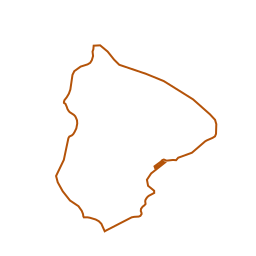 the Province of Los Santos, rotated 340°
{"feature_id": "PAN-1339", "entity_name": "Los Santos", "entity_type": "Province", "adm_level": 1, "iso_a3": "PAN", "parent_name": "Panama", "parent_adm1": "", "projection": "mercator", "projection_center": [-80.421, 7.617], "detail": "fine", "context": "isolated", "style": "outline", "palette": "amber", "viewbox_px": 256, "rotation_deg": 340, "n_neighbors": 0, "source": "natural_earth", "source_scale": "10m", "svg_char_len": 1307}
<svg xmlns="http://www.w3.org/2000/svg" viewBox="0 0 256 256"><g transform="rotate(340 128 128)"><path d="M123.9,38.9L130.1,40.8L135.0,49.2L138.3,59.0L141.4,65.6L163.6,83.4L177.7,96.2L198.9,123.3L209.7,143.2L212.6,150.1L212.3,154.6L208.7,163.6L206.9,165.6L204.1,166.2L197.9,166.6L196.0,166.9L179.6,173.1L165.0,173.1L162.2,174.7L159.3,173.4L153.1,171.9L150.9,169.9L149.3,169.9L147.3,170.9L139.8,173.1L139.8,174.7L142.8,174.3L145.2,173.7L147.3,172.8L149.3,171.6L150.9,173.1L134.2,178.6L128.1,183.1L127.1,189.2L131.1,195.9L130.4,198.0L124.6,198.8L123.0,199.3L121.2,200.4L119.7,201.7L119.1,202.8L118.5,205.4L116.9,206.3L114.9,206.9L112.6,208.4L111.6,210.4L111.7,212.0L111.4,213.4L109.6,214.8L107.8,214.9L103.4,213.6L100.9,213.2L72.5,216.8L70.8,217.1L70.2,208.9L68.7,205.6L66.3,202.9L61.5,199.3L59.4,198.1L56.0,196.9L55.8,195.9L56.3,193.4L56.2,190.0L54.7,184.5L48.7,176.3L45.0,165.1L43.4,155.0L44.0,148.5L56.8,136.0L68.5,117.2L69.9,116.0L72.9,115.7L74.5,115.0L76.4,113.5L79.3,110.7L81.8,106.5L82.7,103.4L82.6,100.7L82.4,98.9L81.6,97.1L78.6,93.1L78.0,91.4L77.6,89.3L77.7,87.6L77.5,83.9L76.4,82.5L76.7,81.6L77.8,80.1L80.9,78.2L84.2,75.5L87.0,72.1L94.0,59.1L97.0,56.2L104.5,54.1L111.8,54.4L114.8,53.8L117.2,51.9L119.8,48.4L120.8,44.1L122.4,42.1L123.9,38.9Z" fill="none" stroke="#b45309" stroke-width="2"/></g></svg>